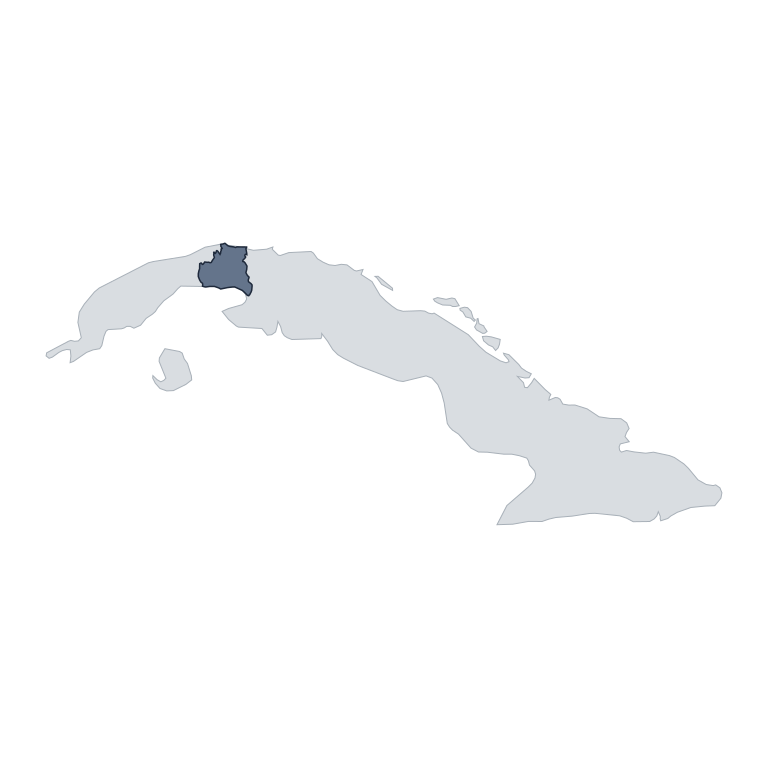 where Mayabeque sits in Cuba
{"feature_id": "CUB-5489", "entity_name": "Mayabeque", "entity_type": "Province", "adm_level": 1, "iso_a3": "CUB", "parent_name": "Cuba", "parent_adm1": "", "projection": "equal_earth", "projection_center": [-81.981, 22.888], "detail": "fine", "context": "in_parent", "style": "filled", "palette": "slate", "viewbox_px": 768, "rotation_deg": 0, "n_neighbors": 0, "source": "natural_earth", "source_scale": "10m", "svg_char_len": 5660}
<svg xmlns="http://www.w3.org/2000/svg" viewBox="0 0 768 768"><path d="M237.1,246.5L253.4,250.3L266.6,249.2L272.9,247.0L272.3,249.3L278.2,255.1L280.3,255.5L288.8,252.6L311.1,251.5L313.4,253.1L317.4,258.7L323.1,262.2L329.0,264.8L335.1,265.5L341.3,264.3L347.0,264.9L354.3,270.4L356.5,271.0L363.0,269.5L361.1,274.5L372.0,281.6L380.1,295.4L385.9,301.1L392.1,306.2L397.2,309.7L403.1,311.3L420.6,310.7L424.8,311.1L428.5,313.1L432.1,313.8L434.1,313.1L468.3,334.7L479.2,346.2L485.9,352.2L500.3,360.9L506.0,362.8L509.0,361.7L508.4,359.8L504.2,355.0L503.5,353.2L508.9,354.7L518.8,364.5L521.5,368.1L526.4,371.4L531.3,373.8L529.0,377.7L525.0,378.0L517.4,376.4L523.5,382.7L524.6,387.3L527.4,387.7L531.6,382.7L534.2,378.4L545.0,389.4L550.8,394.4L549.4,397.3L548.9,400.2L555.3,397.5L557.8,397.8L560.1,399.3L562.8,404.1L568.8,405.1L574.9,405.0L587.2,408.9L599.0,416.8L609.9,418.4L621.0,418.7L626.7,422.9L629.1,428.5L626.5,432.5L625.0,436.6L629.2,441.7L620.3,443.9L619.1,446.9L619.6,450.3L621.4,452.1L626.5,450.5L634.0,451.9L645.7,453.2L653.5,452.2L669.5,455.6L674.4,457.5L684.0,464.0L688.4,468.3L698.0,479.9L706.2,484.5L713.2,485.6L715.7,484.9L719.9,487.8L721.9,492.8L720.9,498.2L714.8,505.7L704.8,506.1L690.8,507.5L677.3,512.3L670.8,516.0L667.8,518.5L660.7,520.8L660.2,518.8L660.3,516.4L658.3,511.7L656.8,515.9L654.2,518.9L649.7,521.5L633.2,521.7L626.6,518.2L619.7,515.8L594.9,513.3L589.0,513.5L572.4,516.1L555.8,517.5L548.9,519.1L542.0,521.5L528.6,521.4L512.8,524.2L497.0,524.7L506.9,505.5L528.2,487.1L532.2,483.1L535.0,478.0L535.6,474.2L534.6,470.9L529.5,465.1L528.4,460.8L526.8,458.1L519.4,455.7L511.9,454.2L504.0,454.2L487.4,452.2L478.5,452.0L471.0,448.1L458.5,434.1L452.6,430.2L449.6,427.1L447.3,423.5L444.2,403.0L441.6,393.2L437.8,384.6L432.0,378.1L426.1,375.9L403.1,381.5L397.8,380.7L392.6,378.8L357.9,365.5L343.5,358.2L337.7,354.6L332.7,349.5L327.5,341.1L321.7,333.5L321.7,336.6L320.9,338.6L291.9,339.5L287.3,337.7L284.3,335.7L282.2,332.6L280.6,326.5L277.9,321.4L277.0,326.9L275.6,331.9L271.7,334.7L267.3,335.2L261.9,328.5L238.4,327.1L236.3,326.0L228.6,319.5L222.1,311.4L228.6,308.5L242.1,304.7L245.0,302.2L246.7,299.0L245.5,294.2L242.8,290.8L240.0,288.8L237.0,287.5L233.0,287.0L180.8,286.1L177.8,288.7L173.1,294.0L163.8,300.8L157.7,307.8L155.4,311.5L152.5,314.1L146.1,318.4L140.6,325.2L133.9,328.2L130.3,326.4L126.7,326.4L124.1,328.0L121.4,328.8L108.0,329.6L106.0,331.3L104.0,336.2L101.8,345.6L99.7,348.7L93.0,349.9L86.6,352.4L73.5,361.4L70.1,362.7L70.9,356.1L70.3,349.8L66.6,349.5L62.4,350.6L58.9,352.4L52.4,357.1L49.1,358.3L46.1,355.9L46.7,352.8L68.4,341.3L70.8,340.4L74.6,341.3L78.4,340.9L81.3,337.7L77.9,322.4L79.3,312.1L84.3,304.1L94.4,292.0L99.2,288.0L148.4,262.8L153.5,261.5L185.4,256.4L190.3,254.7L205.1,247.2L220.6,244.2L237.1,246.5ZM191.7,379.9L185.9,384.4L173.4,390.6L166.7,390.9L160.0,388.5L155.3,383.2L152.7,378.1L152.9,375.6L157.1,379.7L160.8,381.8L163.8,380.4L165.9,378.2L159.1,361.4L159.4,357.9L164.9,348.7L179.6,351.5L182.2,353.1L184.2,358.9L187.5,363.5L191.3,375.7L191.7,379.9ZM437.5,297.6L446.1,299.3L451.9,298.0L454.9,298.7L459.2,305.7L455.5,306.5L452.6,306.5L450.4,305.3L442.7,305.0L437.6,302.9L434.8,301.2L433.4,299.1L437.5,297.6ZM498.1,347.9L495.6,350.5L492.7,346.8L488.4,344.9L483.6,340.8L482.4,336.5L486.4,336.2L491.4,336.9L500.2,339.4L499.5,344.2L498.1,347.9ZM475.4,320.0L474.1,321.4L470.7,318.2L465.8,316.9L462.9,312.0L460.1,310.1L459.9,308.4L464.4,307.2L467.6,307.7L471.1,311.4L473.2,318.2L475.4,320.0ZM484.8,333.2L482.7,333.4L476.5,329.9L474.6,327.0L476.7,323.1L477.1,318.8L478.0,318.5L479.0,323.7L483.8,325.9L484.1,327.0L487.1,331.4L484.8,333.2ZM392.5,288.2L392.6,290.4L381.6,284.3L376.9,277.9L375.0,276.4L378.1,276.3L392.5,288.2Z" fill="#d9dde1" stroke="#a8b0b8" stroke-width="1"/><path d="M220.7,244.4L221.4,244.2L222.9,244.0L223.5,243.8L224.2,243.5L224.9,243.3L225.5,243.7L227.8,245.7L229.7,246.4L233.7,246.9L235.5,247.5L236.9,246.9L246.6,247.0L246.6,247.6L245.9,248.7L246.7,253.0L246.8,254.1L246.8,254.7L246.6,254.6L246.0,254.2L245.7,254.2L245.3,254.4L244.9,255.2L244.8,255.6L244.8,255.9L245.4,256.5L245.6,256.9L245.6,257.2L245.5,257.4L245.3,257.5L244.7,258.5L243.4,259.6L243.1,260.0L242.9,260.5L242.7,261.2L242.8,261.5L243.0,261.6L243.7,261.7L244.2,261.9L244.6,262.4L245.1,262.9L246.1,264.6L246.9,265.9L246.9,266.2L247.0,266.7L246.9,267.1L246.7,269.5L245.9,272.6L247.0,274.8L247.9,276.0L248.7,276.7L249.0,277.1L249.0,277.7L248.3,279.8L248.3,281.1L248.6,281.8L251.0,283.6L252.0,284.8L252.1,286.0L251.7,290.3L251.5,290.8L251.3,291.5L251.0,292.2L250.5,293.1L249.7,294.7L249.4,294.9L249.2,295.2L249.0,295.3L248.9,295.3L248.8,295.5L248.7,295.7L248.3,295.5L247.4,295.4L245.7,293.6L244.5,292.4L242.3,290.4L240.1,289.4L234.6,286.9L232.4,287.0L227.4,287.6L220.7,289.0L218.7,287.9L214.5,286.4L209.8,286.4L207.1,286.8L205.7,287.0L204.4,286.8L202.5,286.2L202.7,284.4L202.5,283.3L201.7,282.7L200.9,282.1L199.6,279.9L198.3,276.6L198.3,273.6L198.9,270.8L199.6,268.8L199.6,266.6L199.7,263.7L200.7,263.1L201.2,263.0L201.6,263.3L202.3,264.4L202.7,264.4L203.1,264.2L203.9,263.3L204.2,262.7L204.7,262.0L207.2,262.3L208.8,262.2L209.4,262.5L210.0,262.7L210.8,262.6L211.3,262.4L211.7,261.7L212.2,260.7L214.3,257.7L214.4,257.4L214.3,257.0L213.8,255.7L213.7,255.0L213.7,254.4L213.8,253.7L213.9,253.3L213.9,252.9L213.8,252.6L213.7,252.3L213.8,252.2L214.2,252.2L214.5,252.6L214.9,253.4L215.2,253.5L215.5,253.2L215.9,252.7L216.2,251.6L216.3,251.2L216.4,250.9L216.6,250.7L216.9,250.6L217.4,250.9L217.8,251.2L220.0,254.4L220.6,253.1L220.7,251.6L220.8,251.3L220.9,251.0L221.2,250.7L221.3,250.3L221.1,249.6L221.1,249.1L221.3,248.8L221.8,248.8L222.2,248.4L221.1,246.8L220.8,246.0L220.9,245.2L220.7,244.4Z" fill="#64748b" stroke="#1e293b" stroke-width="1.5"/></svg>